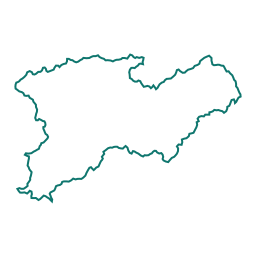 Santos Dumont, Minas Gerais, Brazil
{"feature_id": "56859067B27012816015261", "entity_name": "Santos Dumont", "entity_type": "district", "adm_level": 2, "iso_a3": "BRA", "parent_name": "Brazil", "parent_adm1": "Minas Gerais", "projection": "albers", "projection_center": [-43.53, -21.482], "detail": "fine", "context": "isolated", "style": "outline", "palette": "teal", "viewbox_px": 256, "rotation_deg": 0, "n_neighbors": 0, "source": "geoboundaries", "source_scale": "gbopen_adm2", "svg_char_len": 4440}
<svg xmlns="http://www.w3.org/2000/svg" viewBox="0 0 256 256"><path d="M17.4,188.9L18.8,191.1L20.1,192.6L22.0,192.7L24.6,192.4L27.1,193.5L28.5,192.3L29.7,190.8L31.5,191.6L31.9,194.1L31.3,196.0L31.5,198.0L33.5,198.1L35.9,198.0L38.5,200.0L40.2,199.0L42.0,197.3L43.7,195.6L45.6,196.2L47.4,197.5L49.1,198.5L50.3,199.8L51.9,201.4L52.2,199.5L51.1,197.5L50.5,195.6L49.7,193.8L50.5,192.4L52.5,191.4L54.3,190.4L55.2,188.6L56.0,186.2L57.8,185.4L59.9,185.0L61.5,183.9L62.2,181.9L63.9,181.4L66.4,181.4L68.8,181.6L71.1,180.4L73.2,178.6L75.6,179.4L77.3,178.9L79.1,178.8L81.4,178.9L83.3,177.6L85.4,175.6L86.5,172.9L87.9,170.3L89.4,167.8L91.0,167.2L92.2,168.6L93.7,170.1L94.9,169.0L96.2,167.6L98.5,166.5L99.9,163.3L100.9,161.2L102.0,160.0L102.8,158.6L101.9,156.8L102.9,155.5L104.2,153.9L103.4,151.8L105.5,150.3L108.1,148.2L110.3,147.5L112.1,147.7L114.0,146.9L115.8,146.7L117.4,146.8L118.7,147.9L120.9,148.4L122.8,148.6L124.2,147.2L125.6,146.0L127.5,147.7L128.3,150.5L129.7,152.8L131.6,153.6L133.0,151.1L134.6,151.5L136.2,152.6L138.4,153.6L140.8,155.5L143.1,156.5L144.6,155.2L146.2,155.4L148.5,155.2L150.3,153.9L151.8,153.4L153.0,151.8L154.4,150.8L156.0,150.9L157.1,152.4L159.2,153.5L161.3,153.1L162.6,154.6L163.2,156.9L162.6,159.0L163.5,160.4L165.7,161.5L168.2,162.1L169.8,160.1L171.8,157.9L174.2,156.8L175.6,155.3L176.9,153.7L178.0,151.1L178.1,148.3L176.9,146.4L178.6,144.5L181.6,144.8L182.3,142.2L181.9,139.5L184.1,138.7L186.5,138.2L188.8,136.2L189.4,133.8L191.7,133.3L193.5,132.8L194.3,131.3L195.4,129.1L196.3,127.5L197.2,124.8L196.7,122.2L198.7,121.2L197.6,118.7L199.1,116.8L201.4,116.1L203.9,116.4L205.2,114.7L207.3,114.7L209.3,114.7L209.4,112.3L211.0,112.0L212.7,111.4L214.3,109.9L216.6,110.3L218.4,110.0L220.3,110.7L222.4,111.2L224.0,112.8L226.2,111.2L227.2,108.8L227.3,106.8L229.3,105.8L230.1,104.0L230.8,102.0L231.6,100.0L233.9,99.4L234.7,101.2L235.0,103.0L236.2,101.9L237.3,99.7L238.5,97.6L240.6,96.6L240.4,94.3L239.4,92.7L238.5,90.6L237.5,88.0L236.1,86.4L236.1,83.9L235.6,81.3L234.1,79.8L233.4,77.8L232.3,75.3L230.1,73.3L228.6,71.3L226.6,71.5L225.4,69.4L224.3,67.2L223.4,65.8L221.4,65.6L219.3,64.8L217.8,64.7L216.2,65.0L213.9,65.2L212.4,64.3L212.0,62.5L211.5,60.7L211.5,58.0L209.1,55.7L206.9,56.6L204.3,57.8L202.0,59.6L200.1,61.1L199.4,63.7L197.6,64.9L194.7,65.9L193.1,68.1L190.7,69.0L188.1,69.7L186.3,71.1L184.8,72.6L182.7,72.8L180.1,71.1L178.6,69.5L176.9,70.1L176.2,72.4L175.2,74.7L173.5,76.3L172.2,77.4L170.9,78.5L169.0,78.7L166.6,78.9L164.9,80.2L163.8,81.9L161.8,82.6L159.6,84.3L158.4,86.3L157.5,87.9L156.0,89.2L155.0,87.5L153.4,85.4L152.2,87.1L150.9,88.2L149.4,86.5L147.4,85.9L145.7,86.4L143.8,86.8L142.0,84.3L141.0,82.8L140.3,81.2L138.4,80.5L137.0,81.6L134.9,81.6L133.2,80.7L131.7,79.0L129.9,78.1L129.8,76.5L129.6,74.2L129.2,72.3L129.9,69.7L131.3,67.9L133.0,67.8L134.7,68.1L136.1,66.8L137.9,65.6L139.2,63.9L140.8,63.6L143.0,64.2L142.6,62.0L143.2,60.1L143.6,57.8L141.8,57.1L139.2,57.9L136.7,57.1L135.2,58.0L133.6,57.1L132.3,55.4L130.2,54.6L128.7,56.6L127.3,58.6L124.7,58.0L122.4,58.0L121.2,59.1L118.7,59.7L116.4,59.8L114.5,60.5L112.9,61.4L110.6,60.5L107.8,60.2L105.5,60.3L103.9,58.8L101.6,58.1L99.5,57.0L98.0,55.3L95.8,56.1L93.3,56.1L91.4,56.8L89.3,58.0L86.5,58.2L83.4,57.9L82.0,59.3L80.3,60.1L78.3,61.6L76.2,62.3L74.2,61.5L72.5,60.2L70.8,60.0L68.9,58.9L67.1,58.9L67.0,61.3L66.0,63.5L63.6,64.0L61.4,65.0L59.5,67.1L58.3,65.7L56.0,65.6L54.5,67.7L53.7,69.6L52.2,70.2L49.9,71.1L47.8,71.9L46.4,70.9L45.8,68.7L44.7,67.5L43.0,67.8L42.0,70.4L40.5,71.8L38.2,71.9L36.0,73.8L34.5,74.5L32.8,74.2L31.9,72.2L29.7,71.1L27.2,72.3L26.3,74.8L24.5,76.8L22.5,78.5L20.5,79.7L19.3,81.2L17.8,82.1L16.3,82.6L15.6,84.5L15.4,86.6L15.6,88.6L17.4,89.9L19.3,91.4L21.8,92.1L23.4,93.2L24.4,95.5L26.2,95.9L28.6,95.6L29.7,97.8L31.4,98.8L32.9,99.7L33.4,101.7L34.5,103.0L35.9,104.7L36.0,107.0L37.1,109.5L36.9,111.8L36.2,113.7L35.8,115.6L35.2,117.9L36.1,120.2L37.8,120.3L39.1,119.0L41.0,119.9L42.8,121.0L44.4,121.3L45.2,122.8L45.5,124.9L44.8,126.6L43.3,127.1L43.4,128.8L44.2,130.5L44.8,132.1L45.6,133.9L47.2,135.0L48.1,136.9L47.5,138.4L45.7,140.3L43.6,142.5L41.3,143.2L40.9,144.8L39.7,146.2L38.9,148.8L36.8,149.9L35.4,150.8L33.7,151.6L31.4,153.2L28.4,153.6L25.9,153.3L24.9,154.8L27.1,155.9L28.9,156.4L28.9,158.7L28.4,160.7L28.0,163.1L27.6,165.6L28.7,167.3L29.2,168.9L30.1,170.3L31.6,172.1L31.2,174.3L30.8,176.0L30.1,178.0L30.2,179.8L29.0,181.7L27.4,183.8L27.6,185.9L25.9,187.3L23.6,188.8L21.3,188.8L19.4,188.1L17.4,188.9Z" fill="none" stroke="#0f766e" stroke-width="2"/></svg>